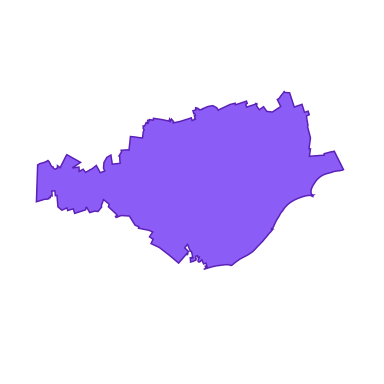 Caborca, Sonora, Mexico, rotated 252°
{"feature_id": "50627088B68823921856898", "entity_name": "Caborca", "entity_type": "district", "adm_level": 2, "iso_a3": "MEX", "parent_name": "Mexico", "parent_adm1": "Sonora", "projection": "orthographic", "projection_center": [-112.534, 30.898], "detail": "fine", "context": "isolated", "style": "filled", "palette": "violet", "viewbox_px": 384, "rotation_deg": 252, "n_neighbors": 0, "source": "geoboundaries", "source_scale": "gbopen_adm2", "svg_char_len": 5742}
<svg xmlns="http://www.w3.org/2000/svg" viewBox="0 0 384 384"><g transform="rotate(252 192 192)"><path d="M114.9,179.2L114.7,186.7L114.6,188.6L114.2,192.8L113.9,193.9L113.9,194.6L113.6,195.4L113.3,197.6L112.9,199.2L112.5,201.5L111.9,203.2L111.9,203.5L111.5,204.4L111.3,204.7L110.1,206.3L110.0,207.2L110.2,207.8L111.4,210.7L112.1,212.7L113.4,217.0L113.9,219.4L114.4,222.8L114.8,225.0L115.4,227.5L116.0,229.6L116.4,230.8L116.5,231.3L117.5,233.3L120.2,238.1L123.4,244.2L124.0,245.2L124.5,245.8L125.9,248.2L127.5,250.6L128.1,251.6L128.7,252.5L129.9,254.8L130.5,255.5L130.7,256.1L130.9,256.2L131.0,256.4L131.4,257.1L131.7,257.3L131.9,257.4L132.2,256.9L132.2,256.6L132.3,256.2L132.6,256.0L132.4,256.3L132.3,256.7L132.5,256.5L132.6,256.8L132.5,257.2L132.5,257.6L132.7,257.8L133.4,258.3L134.1,259.1L135.1,259.9L135.7,260.5L136.5,261.2L138.1,262.7L139.8,264.6L142.7,268.0L143.9,269.1L144.6,270.0L145.1,270.6L146.1,272.5L147.0,273.4L148.7,275.8L149.5,277.3L150.5,279.2L151.2,280.9L151.7,282.5L152.2,284.5L152.7,286.7L153.0,289.1L153.2,291.0L153.3,294.3L153.3,296.6L153.2,298.6L153.0,300.4L152.5,302.5L152.2,303.6L151.9,304.0L151.4,304.8L151.2,305.0L151.1,304.9L151.0,305.2L150.8,305.3L150.5,305.3L150.4,305.5L150.6,305.5L150.8,305.6L150.9,305.4L151.0,305.4L151.2,305.5L151.4,305.8L151.4,306.1L151.5,306.4L151.6,306.0L151.9,305.8L152.0,305.8L152.0,305.5L152.0,305.4L152.4,305.2L153.0,305.0L153.6,304.9L154.4,305.0L156.1,305.5L156.7,305.7L157.6,306.2L159.3,307.6L159.9,308.1L161.2,309.5L162.2,310.8L162.5,311.1L162.8,311.5L163.9,312.9L164.1,313.1L164.6,313.8L164.8,314.3L165.1,314.7L165.7,315.8L165.8,316.4L166.0,316.7L166.3,317.3L166.6,318.0L167.3,320.2L167.6,321.8L167.8,323.6L167.8,326.7L167.6,330.2L167.5,330.5L167.5,331.3L167.6,331.6L167.7,331.8L167.6,333.3L167.2,336.5L166.9,337.9L166.7,338.6L166.6,339.1L166.5,340.3L166.3,341.5L166.4,342.3L166.5,343.0L186.9,339.9L186.9,338.5L186.8,337.6L187.2,337.3L187.6,329.5L186.2,329.1L189.7,314.7L196.4,318.0L197.0,316.6L206.8,321.4L211.9,321.7L218.6,322.1L219.5,322.9L225.5,323.7L229.0,324.4L229.2,327.2L229.3,327.4L233.0,327.4L233.0,323.6L241.4,323.7L241.2,315.5L256.2,315.5L258.0,311.0L259.0,310.7L257.5,308.7L257.2,308.1L256.3,306.8L256.0,306.2L255.6,305.6L255.2,305.2L254.9,305.0L254.4,304.3L254.2,304.0L253.9,303.1L253.6,301.7L245.9,302.8L243.2,293.1L245.6,288.0L251.0,286.4L249.4,281.4L254.0,280.0L255.2,280.7L255.4,280.9L255.6,280.8L255.8,280.8L256.0,280.9L256.1,280.3L256.3,280.0L255.9,280.0L255.9,270.2L259.1,270.2L259.1,271.9L261.6,271.9L261.5,262.1L261.6,260.3L263.1,260.5L263.5,255.0L263.3,253.9L261.9,242.7L261.7,242.3L264.4,241.6L267.7,238.5L268.4,233.7L268.0,229.1L267.9,227.4L267.3,227.1L267.6,225.7L267.9,224.3L268.1,224.3L268.7,224.2L268.7,223.7L269.8,223.6L270.1,223.7L269.7,223.5L269.7,223.3L270.1,223.0L271.0,221.5L270.3,221.3L269.6,221.1L269.4,221.3L269.5,221.4L269.3,221.4L268.9,221.1L269.0,218.0L265.9,217.9L265.8,218.8L263.6,218.9L263.7,217.8L260.7,217.8L260.7,217.0L260.3,217.0L260.3,217.5L260.2,217.5L259.9,214.2L262.8,214.2L262.7,212.3L262.8,202.6L263.5,195.6L264.6,196.2L267.7,195.0L266.0,193.2L268.2,193.2L266.6,192.0L270.2,185.7L274.0,178.1L272.3,177.3L274.0,174.0L273.1,173.7L273.3,173.5L274.0,172.4L273.6,171.8L273.2,171.6L272.8,171.6L272.4,171.8L272.1,171.9L271.8,172.1L271.4,171.6L271.0,171.4L270.8,171.2L271.4,170.6L271.8,170.5L272.2,169.8L271.3,169.0L271.1,169.0L269.4,167.1L269.9,165.9L269.6,165.8L269.4,165.9L267.4,165.3L267.3,165.2L266.6,165.5L265.9,165.7L265.2,164.9L264.2,164.2L263.6,163.9L259.9,162.2L258.7,161.6L259.0,160.8L259.4,160.3L259.6,159.5L260.2,158.2L261.6,155.5L263.8,150.6L257.4,147.8L256.7,147.4L255.7,147.0L251.3,145.0L251.9,144.1L253.6,137.5L252.0,137.4L249.2,134.1L249.2,134.5L244.1,133.1L241.5,132.6L243.1,124.8L252.2,126.3L251.2,121.7L247.3,117.4L242.1,115.2L238.9,115.5L238.7,110.7L246.8,109.2L245.3,105.2L244.6,102.9L244.8,102.1L244.4,101.2L243.6,96.8L247.3,95.5L246.4,91.1L250.6,92.2L251.9,85.6L254.6,95.2L266.2,84.5L265.2,83.3L259.7,77.9L257.2,75.4L255.8,74.2L258.6,72.2L256.3,71.5L256.4,71.0L256.4,70.4L256.1,70.1L255.9,69.1L256.0,68.9L256.3,68.6L256.4,68.4L257.1,68.0L257.6,67.5L257.9,67.5L258.4,67.6L258.8,67.6L259.0,67.1L259.4,66.6L259.7,66.5L260.2,66.4L260.5,66.1L261.2,66.0L261.9,66.0L262.8,65.8L263.1,65.9L263.3,65.8L263.5,65.7L264.0,65.6L264.8,65.5L265.0,65.5L265.6,65.2L265.8,64.9L266.1,64.9L266.4,64.8L266.4,64.7L266.5,64.6L266.2,63.6L266.1,63.1L266.0,62.8L265.9,62.7L266.0,62.1L265.9,61.6L265.9,61.4L265.9,61.0L265.8,60.2L265.8,59.9L265.8,59.1L265.9,58.2L265.9,57.4L266.0,57.1L266.0,56.2L265.8,55.0L265.6,54.6L265.5,54.3L265.5,53.6L230.8,41.0L230.7,44.1L230.6,50.4L230.1,51.0L229.8,53.7L230.7,54.2L230.5,55.5L232.0,56.1L231.7,57.0L231.5,57.8L236.3,58.9L235.8,60.5L235.4,62.0L230.7,60.9L230.4,62.5L219.3,59.9L214.9,62.6L215.5,68.1L215.1,68.1L214.9,68.1L212.8,68.0L212.7,73.9L207.9,73.8L207.9,85.3L209.7,86.2L209.9,87.1L204.0,88.4L203.9,93.4L202.5,96.6L205.6,101.4L207.4,101.7L208.9,103.1L212.1,105.4L210.7,106.4L205.9,109.5L203.8,107.9L194.3,113.2L192.8,113.6L192.5,111.7L191.2,112.0L191.5,117.4L188.5,125.0L178.0,127.6L175.4,130.7L174.1,129.9L168.9,139.2L166.1,142.3L162.5,137.7L159.1,140.4L155.6,137.1L149.4,143.7L139.0,150.8L132.9,154.6L128.5,157.3L134.7,167.5L133.9,168.0L134.4,168.9L135.2,168.3L136.5,170.3L141.2,167.8L143.5,171.6L136.1,172.1L135.7,173.1L129.1,172.6L129.1,171.5L129.9,171.5L129.9,169.9L129.2,169.9L125.8,169.0L125.7,172.2L125.9,172.9L126.0,174.7L127.3,175.3L127.4,175.0L129.7,175.7L129.7,177.5L127.8,177.5L127.8,178.8L127.3,178.5L127.1,178.2L126.3,177.4L125.1,176.6L124.0,176.4L123.5,176.5L123.1,177.6L123.4,178.7L123.7,178.8L124.5,180.4L120.0,180.8L120.1,183.3L117.4,183.3L117.3,181.6L116.5,181.7L116.5,183.3L115.0,183.3L115.1,181.7L114.9,179.2Z" fill="#8b5cf6" stroke="#5b21b6" stroke-width="1.5"/></g></svg>